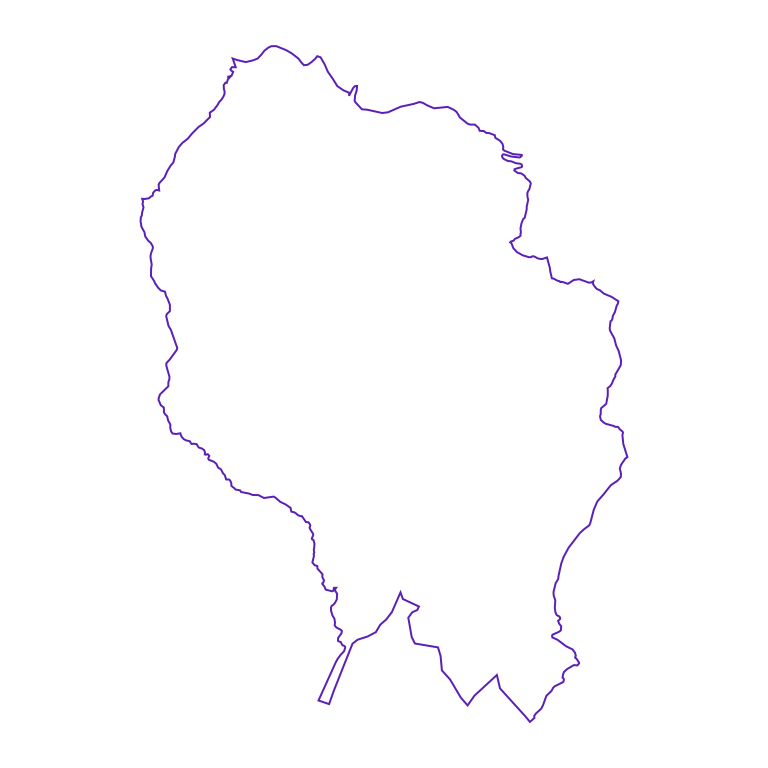 Ilovita, Mehedinti, Romania (Mercator projection)
{"feature_id": "2599482B41781803047638", "entity_name": "Ilovita", "entity_type": "district", "adm_level": 2, "iso_a3": "ROU", "parent_name": "Romania", "parent_adm1": "Mehedinti", "projection": "mercator", "projection_center": [22.488, 44.769], "detail": "fine", "context": "isolated", "style": "outline", "palette": "violet", "viewbox_px": 768, "rotation_deg": 0, "n_neighbors": 0, "source": "geoboundaries", "source_scale": "gbopen_adm2", "svg_char_len": 6076}
<svg xmlns="http://www.w3.org/2000/svg" viewBox="0 0 768 768"><path d="M318.5,700.5L329.1,704.1L333.9,690.5L352.5,643.7L357.6,639.7L367.6,636.5L375.8,632.2L380.2,624.8L386.3,619.4L391.9,612.1L400.5,592.4L402.9,599.0L418.9,606.5L417.3,610.0L412.2,612.3L408.3,617.7L411.7,637.0L414.9,643.5L438.0,647.4L440.6,656.1L441.9,670.4L450.1,679.5L460.8,697.6L467.6,705.4L474.5,695.6L496.9,675.0L500.0,688.4L525.6,716.6L529.9,721.9L534.4,718.0L534.3,715.7L536.0,713.4L541.2,708.7L542.9,705.5L546.4,695.8L551.4,691.0L553.3,687.6L554.7,686.3L563.3,682.0L563.9,679.7L563.7,678.6L562.5,677.6L563.1,674.3L564.1,671.8L567.2,669.0L573.8,665.1L577.4,665.4L579.1,663.4L579.0,662.5L576.5,658.7L575.3,657.9L575.2,657.2L575.8,655.8L575.0,652.7L572.5,649.4L566.0,646.2L557.7,639.9L552.3,637.4L552.1,635.4L552.9,634.5L558.6,632.0L560.8,630.5L561.2,626.2L559.1,623.6L558.1,620.8L560.2,618.9L560.0,617.4L558.9,616.2L556.8,615.2L555.5,612.6L554.8,608.0L555.3,600.3L553.7,595.5L553.5,592.1L555.7,583.1L558.2,579.0L558.5,576.0L561.3,563.3L563.7,556.8L568.6,547.7L579.9,533.0L584.2,529.1L589.2,525.4L590.2,523.3L593.8,509.6L597.3,501.5L603.6,494.3L610.8,485.2L617.4,480.8L620.3,477.6L620.8,476.8L621.0,473.7L619.8,468.4L621.1,464.7L625.3,458.6L627.4,457.1L623.3,444.0L622.4,435.0L623.0,432.8L622.6,431.6L619.9,429.4L618.0,426.9L615.0,426.8L613.8,426.0L605.5,423.7L603.4,422.3L600.8,419.9L600.0,416.2L600.7,414.2L600.8,409.8L601.2,408.1L606.2,403.9L607.7,395.9L607.8,390.6L607.6,388.1L610.1,386.2L611.8,383.8L613.4,379.8L615.3,376.5L615.3,374.6L620.6,365.5L620.9,364.0L621.0,360.0L618.7,351.0L616.1,345.4L614.3,338.4L610.0,330.6L609.7,328.2L610.5,321.3L611.7,320.4L612.5,318.4L612.8,316.0L614.9,312.1L616.7,305.6L617.8,303.9L618.4,301.3L611.5,296.8L604.0,293.7L599.8,290.2L596.7,288.9L594.2,285.9L592.9,283.7L592.8,282.9L593.3,281.3L591.4,282.4L589.0,282.7L579.3,279.2L573.8,280.0L567.9,283.8L562.5,281.9L560.2,282.0L559.6,281.2L557.4,280.7L553.8,278.7L551.9,278.3L550.2,271.1L549.9,268.2L547.0,257.4L542.4,259.0L541.0,259.0L538.0,258.5L534.1,256.4L532.3,256.3L531.0,257.2L529.0,257.2L522.7,255.3L520.0,253.8L517.0,252.1L513.4,248.3L511.5,243.3L510.2,242.4L510.8,241.6L513.6,240.6L515.0,238.8L518.5,237.3L520.5,235.8L520.5,233.8L520.9,232.5L520.5,228.4L521.5,223.3L523.1,219.2L524.7,217.7L526.7,209.4L526.7,206.7L528.2,199.8L527.5,197.0L527.3,193.4L528.1,191.1L529.4,189.1L530.8,183.3L530.0,181.6L525.6,177.8L524.9,176.2L523.5,174.9L520.9,173.3L517.9,173.1L514.3,170.5L514.6,169.2L515.0,169.0L521.7,167.1L522.1,166.1L521.7,164.6L520.4,163.8L515.9,163.2L511.5,161.4L507.7,160.9L503.8,159.0L502.6,157.8L502.0,156.0L502.7,154.6L503.9,154.3L511.6,156.6L519.7,157.5L521.4,156.3L521.9,155.5L521.7,154.9L513.0,154.1L504.2,150.6L503.0,149.4L503.3,147.1L502.5,143.9L500.1,140.8L495.3,137.8L494.8,135.2L489.2,133.1L486.3,132.9L483.9,131.1L479.7,130.8L478.5,127.8L474.9,124.6L470.1,124.6L467.6,123.7L459.9,117.5L456.8,112.2L455.4,111.0L453.4,109.6L447.7,106.9L434.1,108.3L427.3,105.4L423.0,102.9L419.6,102.0L413.7,103.9L400.7,106.7L388.0,112.3L382.2,113.0L367.2,109.7L361.9,109.3L355.5,102.4L354.6,100.7L355.1,95.4L356.6,90.8L357.1,86.0L355.0,86.1L353.2,87.9L349.0,95.8L349.3,92.8L343.4,90.3L337.3,86.1L333.2,79.4L327.8,71.7L324.6,64.3L320.6,57.3L317.2,56.2L315.3,58.7L311.4,62.2L307.6,64.8L303.9,65.2L301.1,62.2L298.5,58.6L291.6,53.3L286.1,50.1L276.1,46.1L271.4,46.2L268.2,47.7L264.4,50.7L261.3,54.7L257.7,58.5L253.2,60.3L245.8,62.1L237.4,60.1L232.7,58.5L235.7,67.2L231.9,67.2L231.0,68.4L230.4,69.3L230.9,70.3L233.2,71.9L231.5,75.8L228.2,76.7L228.3,78.0L229.2,78.0L227.9,79.4L226.7,82.9L225.5,82.7L223.7,85.1L223.9,89.1L224.6,91.5L224.5,94.0L223.3,96.8L221.5,99.6L219.3,101.9L217.4,105.2L213.9,109.8L209.8,112.7L210.0,117.0L203.7,123.4L198.5,127.0L191.8,133.8L187.9,138.6L182.4,142.9L178.9,146.9L175.2,153.9L174.9,156.6L173.3,162.6L170.9,165.2L167.3,171.0L164.5,177.5L159.5,182.9L158.6,184.7L159.2,190.5L156.7,189.9L155.3,190.4L153.2,192.7L152.6,195.7L150.6,196.7L148.9,198.3L144.6,199.0L142.2,198.8L143.1,201.5L142.5,204.0L143.5,207.4L142.1,212.6L141.9,215.2L140.8,217.3L140.6,221.5L141.5,226.9L144.5,232.3L145.2,236.4L148.2,240.7L150.4,242.5L152.4,245.6L152.9,247.1L152.8,248.5L150.9,253.6L150.5,256.2L150.6,258.1L151.7,264.6L151.1,268.7L151.0,276.2L154.2,281.1L155.0,283.2L158.2,287.8L160.8,290.4L165.0,291.7L166.0,295.9L167.4,298.3L169.9,304.8L169.9,311.1L166.7,314.2L166.2,316.2L168.5,325.9L170.9,329.9L177.2,347.8L176.9,349.7L169.6,359.7L166.4,363.1L166.3,365.6L169.4,376.6L169.4,379.2L168.4,382.0L168.3,386.3L160.0,394.4L158.7,398.1L158.6,400.1L160.8,405.2L163.8,407.5L164.0,412.5L165.2,414.4L167.2,416.3L168.1,420.4L170.4,424.6L170.2,427.5L171.1,431.4L172.5,433.5L176.1,434.0L180.4,433.3L180.6,434.5L181.8,437.0L183.7,439.1L186.2,440.4L189.9,441.3L190.8,443.1L191.7,444.0L193.0,443.7L196.6,444.1L198.7,447.5L202.1,448.6L204.3,450.3L205.1,453.2L204.8,454.4L205.8,454.7L207.8,454.2L209.3,455.9L208.3,458.1L208.3,458.9L208.9,459.8L213.8,461.7L216.3,463.8L218.1,467.6L221.0,469.4L223.0,473.3L224.9,475.3L226.1,479.4L229.3,479.6L230.5,481.1L231.3,483.3L231.4,485.9L234.1,488.0L235.5,489.5L240.1,490.4L241.1,492.0L249.2,493.6L252.8,495.0L258.4,495.1L264.0,498.0L273.7,496.6L275.4,497.6L280.2,501.8L285.4,504.3L290.6,507.9L291.3,511.6L294.8,512.5L298.2,515.3L300.3,516.1L301.9,516.1L305.9,522.0L308.5,522.3L310.0,524.4L310.3,525.8L309.6,527.5L310.0,528.9L313.2,534.0L313.2,535.2L311.8,538.5L312.1,539.3L313.4,539.9L314.4,543.4L314.4,545.3L313.8,550.3L314.3,552.6L313.6,554.1L314.0,555.7L312.4,562.5L314.6,565.2L317.2,565.9L317.5,568.6L322.5,574.3L322.3,576.4L322.6,577.7L324.0,580.3L323.3,582.7L322.3,583.3L322.5,584.3L324.3,586.3L325.7,589.6L332.2,591.3L333.3,590.8L334.0,587.8L336.1,587.8L335.0,589.3L335.4,591.2L337.1,593.7L336.8,599.5L334.8,603.1L333.3,604.8L331.6,605.9L331.0,607.7L331.0,610.6L332.5,615.6L334.4,618.6L335.0,622.5L334.7,625.2L335.6,626.7L336.9,627.8L340.7,629.7L341.9,631.0L341.5,633.3L338.1,637.9L338.0,640.8L338.5,641.3L340.7,642.0L342.3,645.1L344.4,646.0L345.1,646.9L345.2,647.9L344.0,651.3L340.5,655.0L337.7,658.8L335.9,662.0L318.5,700.5Z" fill="none" stroke="#5b21b6" stroke-width="2"/></svg>